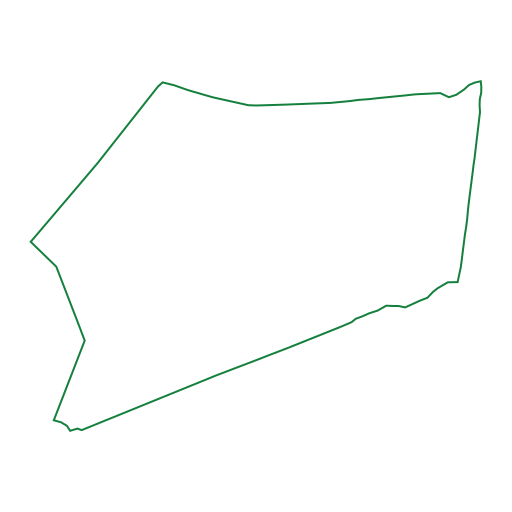 Macaíba, Rio Grande do Norte, Brazil (Mercator projection)
{"feature_id": "56859067B85217474168126", "entity_name": "Macaíba", "entity_type": "district", "adm_level": 2, "iso_a3": "BRA", "parent_name": "Brazil", "parent_adm1": "Rio Grande do Norte", "projection": "mercator", "projection_center": [-35.38, -5.941], "detail": "fine", "context": "isolated", "style": "outline", "palette": "green", "viewbox_px": 512, "rotation_deg": 0, "n_neighbors": 0, "source": "geoboundaries", "source_scale": "gbopen_adm2", "svg_char_len": 1095}
<svg xmlns="http://www.w3.org/2000/svg" viewBox="0 0 512 512"><path d="M53.8,420.3L61.1,422.3L67.0,425.9L70.1,430.8L77.4,428.6L81.7,430.1L216.2,375.4L263.6,357.3L267.8,355.6L287.7,348.0L341.4,326.5L351.5,322.2L355.9,318.7L361.5,316.7L369.7,313.1L377.6,310.6L386.3,305.7L393.3,306.0L398.5,306.0L405.2,307.4L419.6,300.8L427.5,297.7L433.1,291.8L437.7,288.2L447.8,282.3L457.6,282.1L460.8,267.2L461.8,259.6L463.0,249.7L464.0,242.0L464.9,234.7L466.1,227.4L467.2,219.0L467.7,213.0L468.3,206.8L469.5,196.9L473.0,169.7L473.5,165.2L474.5,158.7L476.8,139.0L480.0,112.1L479.6,105.5L479.8,99.1L481.2,92.9L481.3,86.5L480.7,81.2L474.7,82.6L468.9,85.1L464.2,89.4L456.3,94.8L448.9,97.2L440.2,93.1L415.9,94.3L410.9,94.8L406.4,95.3L401.6,95.8L387.3,97.2L377.3,98.2L369.5,99.1L358.5,99.9L349.5,101.1L338.9,102.1L330.6,102.9L319.7,103.3L314.2,103.5L285.7,104.6L256.3,105.5L248.3,105.2L213.2,97.4L203.3,94.6L198.3,93.1L192.3,91.4L187.3,89.9L174.3,85.3L162.6,82.4L158.0,86.5L97.7,163.0L60.5,206.8L34.3,237.6L30.7,241.8L56.3,266.7L79.3,326.3L84.7,340.6L53.8,420.3Z" fill="none" stroke="#15803d" stroke-width="2"/></svg>